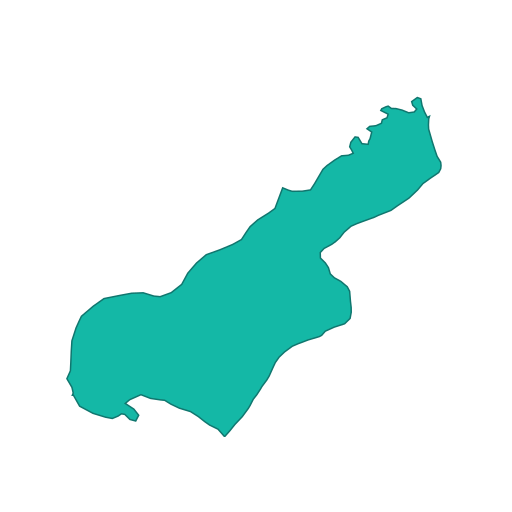 Juarzon, Sinoe, Liberia (orthographic projection), rotated 194°
{"feature_id": "62588387B89490647958390", "entity_name": "Juarzon", "entity_type": "district", "adm_level": 2, "iso_a3": "LBR", "parent_name": "Liberia", "parent_adm1": "Sinoe", "projection": "orthographic", "projection_center": [-8.921, 5.312], "detail": "fine", "context": "isolated", "style": "filled", "palette": "teal", "viewbox_px": 512, "rotation_deg": 194, "n_neighbors": 0, "source": "geoboundaries", "source_scale": "gbopen_adm2", "svg_char_len": 2336}
<svg xmlns="http://www.w3.org/2000/svg" viewBox="0 0 512 512"><g transform="rotate(194 256 256)"><path d="M400.5,76.5L399.5,76.8L390.8,67.6L376.1,63.9L363.0,63.2L356.1,63.6L351.1,67.3L348.4,70.3L345.0,70.6L338.8,66.9L332.8,66.8L331.3,73.1L337.5,77.9L347.2,81.3L343.8,86.0L337.3,91.1L334.1,93.6L323.8,92.3L313.8,93.3L309.7,93.9L302.8,91.7L293.5,89.8L281.9,89.2L273.2,86.3L265.7,82.9L260.0,80.7L251.0,78.8L243.2,73.4L242.5,73.6L239.1,80.1L238.5,81.4L235.7,87.5L230.5,96.7L226.6,106.2L225.6,109.5L224.0,116.4L221.7,121.5L219.4,128.2L218.7,130.7L216.5,136.0L215.6,138.1L214.2,142.7L213.1,148.8L212.7,151.1L211.5,157.3L209.1,163.5L205.1,169.8L199.0,177.2L193.9,181.1L190.8,183.2L185.1,187.2L175.1,193.1L173.1,194.9L170.6,199.8L162.9,205.9L153.6,211.7L149.6,218.2L150.0,224.5L151.2,229.0L153.4,234.9L156.6,244.4L160.0,248.2L167.6,251.9L174.7,253.8L177.0,255.1L179.6,256.6L182.9,262.2L187.0,266.0L193.0,269.6L194.5,274.9L191.8,279.8L185.3,285.7L182.2,289.4L179.1,294.0L177.8,297.0L176.2,300.5L171.0,307.9L166.0,311.8L161.2,315.1L150.5,322.3L147.1,325.1L136.1,332.9L130.7,339.2L121.5,349.3L115.2,359.2L111.6,366.6L105.8,373.5L98.9,381.2L97.9,385.3L98.2,387.6L98.4,388.7L99.5,391.7L104.4,396.5L108.1,402.2L112.8,409.8L119.2,420.9L120.4,424.9L121.6,430.9L121.5,433.5L123.3,431.9L127.4,436.6L131.3,442.2L134.1,448.4L137.8,448.8L142.3,443.5L140.4,440.2L135.6,437.5L137.3,434.0L142.5,431.9L149.5,432.9L156.0,432.9L160.3,431.9L164.0,433.4L165.9,432.3L169.6,429.3L170.1,427.4L162.1,425.6L162.3,421.8L166.4,418.7L166.4,415.1L170.9,411.6L172.8,410.8L177.0,409.3L179.1,406.3L173.7,404.3L173.7,397.5L174.4,394.7L174.2,391.5L180.4,390.6L185.6,395.8L188.7,395.5L191.5,389.3L191.5,384.6L188.7,381.8L186.5,379.2L190.7,376.1L197.2,373.9L202.7,368.3L208.9,361.0L209.7,359.8L212.0,356.3L216.7,340.2L219.1,333.3L226.7,330.1L236.6,327.5L240.6,327.7L246.6,328.6L249.1,306.7L254.2,300.6L254.7,300.1L263.0,291.5L268.8,283.1L271.4,276.2L273.1,271.2L274.1,268.4L281.5,261.5L292.5,253.3L304.6,245.2L312.0,234.8L318.0,222.9L321.2,210.5L329.4,199.9L339.2,193.3L341.5,193.0L345.3,192.4L356.5,193.0L367.6,189.8L374.0,186.9L378.8,184.7L393.2,177.9L401.0,168.8L401.7,168.0L410.8,155.3L412.0,149.3L413.2,142.6L413.3,140.9L414.1,129.2L412.2,118.9L410.0,108.3L408.3,99.7L409.8,91.2L402.8,84.0L400.2,78.8L400.5,76.5Z" fill="#14b8a6" stroke="#0f766e" stroke-width="1.5"/></g></svg>